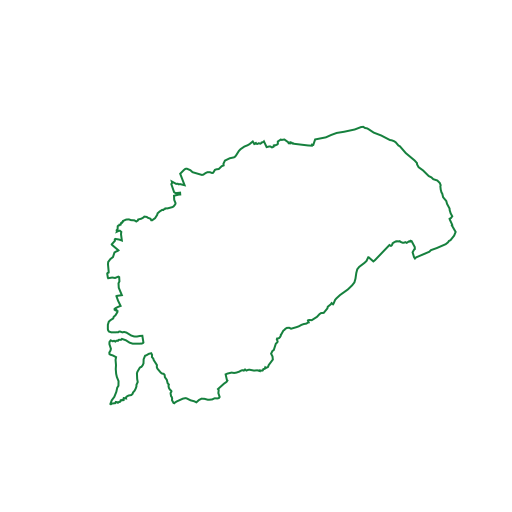 the district of Cizer, Salaj, Romania, rotated 63°
{"feature_id": "2599482B34424021815229", "entity_name": "Cizer", "entity_type": "district", "adm_level": 2, "iso_a3": "ROU", "parent_name": "Romania", "parent_adm1": "Salaj", "projection": "albers", "projection_center": [22.865, 47.034], "detail": "fine", "context": "isolated", "style": "outline", "palette": "green", "viewbox_px": 512, "rotation_deg": 63, "n_neighbors": 0, "source": "geoboundaries", "source_scale": "gbopen_adm2", "svg_char_len": 6117}
<svg xmlns="http://www.w3.org/2000/svg" viewBox="0 0 512 512"><g transform="rotate(63 256 256)"><path d="M323.9,436.5L323.0,436.3L322.5,434.5L322.5,432.8L323.3,430.2L322.7,428.4L321.8,427.6L320.9,425.3L319.5,423.4L318.0,421.8L316.5,421.0L314.6,418.6L311.6,417.7L306.4,415.3L305.3,414.2L302.8,410.3L302.6,409.5L302.8,408.5L301.9,406.6L300.6,405.0L297.0,403.0L294.5,400.1L294.7,398.7L294.5,395.9L295.1,393.5L296.9,393.5L298.8,394.6L300.8,394.1L302.3,394.4L308.2,393.8L309.9,394.8L311.5,395.0L316.7,393.8L318.2,393.0L319.0,391.8L320.4,391.4L322.7,392.2L325.8,391.7L329.4,392.5L330.9,392.0L332.1,393.0L334.0,393.5L335.8,393.4L337.7,392.7L338.4,392.9L339.2,394.2L339.9,394.6L342.4,395.3L343.5,395.1L344.9,395.4L346.3,396.3L349.5,396.2L350.1,395.6L349.8,395.0L349.6,392.7L349.9,385.9L350.6,383.4L351.3,382.5L354.9,379.8L357.5,376.9L359.3,375.6L358.4,372.1L358.4,369.3L359.9,366.7L362.2,364.2L362.8,363.0L363.9,360.2L364.0,357.5L365.5,354.8L365.7,353.5L365.1,352.4L361.1,351.8L358.5,350.1L357.3,350.3L355.2,342.4L354.8,339.5L354.0,338.0L353.2,338.2L347.7,336.8L347.8,334.8L348.8,330.7L350.3,328.6L351.0,326.4L351.5,323.0L351.3,322.3L351.5,320.1L352.6,318.9L352.2,318.2L352.1,317.3L353.7,316.6L353.9,314.7L354.3,313.5L357.2,309.8L358.4,306.8L360.2,304.9L359.6,304.6L360.9,302.7L361.0,301.9L360.1,300.8L360.5,299.5L359.4,298.3L360.3,297.9L360.3,295.7L358.9,294.1L355.9,288.0L353.0,286.9L349.9,286.9L348.1,284.5L347.8,282.8L343.1,278.1L342.6,276.2L341.9,275.5L339.7,275.3L339.1,274.6L339.6,273.6L339.6,272.7L339.2,271.5L338.2,270.0L337.4,269.6L337.2,268.9L334.9,265.5L334.7,264.1L334.2,262.9L334.1,261.0L335.1,258.9L336.7,257.8L337.8,252.1L338.1,249.7L338.0,246.8L338.3,244.4L339.1,241.8L338.9,240.0L339.1,239.2L337.0,239.0L336.9,238.6L337.4,237.2L338.5,235.5L337.9,229.3L336.6,225.7L336.4,223.9L337.4,221.5L335.1,216.2L333.8,215.1L333.0,211.3L332.3,210.0L334.0,209.3L333.6,208.5L331.0,205.4L330.3,203.7L328.9,198.7L327.5,189.3L325.7,183.5L324.2,180.3L321.4,177.7L316.6,174.3L313.8,171.8L312.5,168.9L311.4,162.6L310.6,159.8L308.1,156.6L308.3,156.2L314.1,153.9L313.7,151.9L306.8,132.1L308.1,131.4L308.3,130.8L307.8,129.6L306.7,128.5L306.5,126.7L306.5,124.4L306.9,124.2L307.2,123.0L307.6,122.7L308.0,121.2L308.7,121.1L310.8,119.3L311.3,118.3L311.5,116.6L312.7,115.8L312.4,112.8L313.0,112.5L313.2,111.9L312.7,111.3L313.4,110.6L320.1,110.5L321.9,111.3L322.0,112.1L323.8,114.8L328.7,115.7L330.4,115.5L329.9,114.0L330.9,99.6L330.2,97.5L331.0,91.3L331.6,81.6L331.0,78.7L330.2,77.3L330.2,75.5L327.8,70.2L325.2,67.2L317.7,67.6L317.6,67.1L317.1,67.0L311.6,66.8L310.7,66.6L310.7,65.1L309.7,63.1L306.4,63.2L303.0,62.6L301.6,62.0L296.2,62.1L293.4,61.5L288.6,62.6L284.8,61.7L283.7,61.9L280.8,61.3L277.6,60.1L276.7,59.3L274.3,59.1L271.0,60.2L268.0,63.2L265.6,64.0L263.2,65.8L255.6,68.3L250.7,70.8L247.5,70.9L246.3,70.4L242.9,71.3L232.4,75.8L223.5,78.0L222.3,78.9L218.1,79.9L216.5,80.8L214.6,82.5L213.5,84.0L205.5,89.7L199.5,95.1L194.0,98.2L192.7,99.1L191.4,100.8L189.6,101.8L188.8,103.9L188.1,110.6L185.3,121.1L183.0,128.2L182.3,134.0L182.0,139.9L179.0,150.4L183.0,154.5L182.2,155.5L183.1,156.1L181.1,159.5L173.8,170.4L172.6,172.1L172.3,172.0L172.1,172.5L171.3,172.7L170.3,173.7L171.2,174.3L170.4,175.7L169.2,175.7L165.1,177.8L164.2,180.5L163.5,181.0L163.9,184.6L166.0,185.6L166.3,186.6L166.1,189.5L164.8,189.7L166.2,190.2L166.6,190.7L166.5,192.5L164.9,193.5L164.4,194.5L163.8,197.1L157.5,196.9L157.8,197.6L157.4,199.5L157.8,199.9L157.9,201.2L156.8,202.3L156.8,203.8L156.1,204.8L155.2,204.8L155.2,205.6L155.6,205.7L155.5,206.7L152.5,206.9L153.4,211.0L153.5,213.3L153.2,216.7L153.8,221.2L154.6,223.5L157.5,228.4L158.1,230.0L158.1,230.9L157.0,235.0L156.9,240.4L159.0,243.1L160.6,243.7L160.4,245.8L161.6,249.7L160.8,251.9L160.6,253.5L162.1,255.9L162.4,256.8L161.9,257.7L160.4,259.0L159.3,261.2L159.2,263.3L159.6,266.0L159.2,267.4L152.5,274.5L149.8,275.5L147.0,277.8L146.5,278.6L146.3,279.5L146.6,281.1L148.3,286.2L160.5,287.5L157.5,291.0L157.0,292.4L156.1,292.9L155.5,294.4L151.4,297.2L152.8,297.5L153.5,298.8L161.9,300.0L163.5,299.1L165.1,294.9L166.8,295.6L166.2,297.0L165.1,301.7L168.9,303.4L172.4,303.7L173.3,304.5L174.4,306.9L174.5,308.2L173.4,313.3L172.4,315.3L172.8,315.9L172.6,317.3L172.9,317.8L172.3,318.7L172.6,321.6L173.3,324.3L174.5,325.4L176.5,328.8L177.0,332.4L176.6,333.1L174.9,333.1L172.7,335.1L171.6,335.6L170.2,337.6L170.6,338.9L170.7,341.2L170.0,344.4L170.7,345.1L170.9,347.0L169.0,348.2L167.3,351.1L165.7,352.6L164.6,355.1L164.4,358.6L165.0,358.9L165.0,359.8L165.6,360.4L165.3,361.1L166.6,362.4L166.1,363.4L166.6,363.8L166.4,364.9L166.7,365.7L169.2,367.1L169.8,368.5L170.9,368.7L171.2,369.0L171.3,366.5L171.7,365.8L173.4,365.1L175.3,366.4L181.3,368.5L179.2,370.5L176.9,373.6L177.1,374.3L178.4,374.8L180.4,380.0L180.4,379.6L180.9,379.2L188.5,376.0L188.7,377.0L188.5,378.3L188.6,380.5L192.0,383.9L192.6,387.1L194.2,390.4L196.1,391.6L203.6,394.6L203.9,394.9L203.7,395.9L204.2,396.6L208.0,397.8L208.7,397.8L209.9,393.9L211.6,391.6L211.9,388.0L212.7,387.5L216.6,389.2L217.9,390.9L222.0,392.7L230.0,393.3L228.4,398.0L228.4,398.6L233.1,399.2L239.0,399.3L238.7,402.3L238.7,404.9L239.0,406.1L239.5,406.3L240.6,404.8L241.0,404.9L241.1,405.4L242.2,404.4L243.1,405.0L245.0,408.1L245.6,410.4L246.8,411.6L247.1,414.8L247.7,417.0L250.0,419.2L253.9,421.2L255.1,421.5L256.6,421.3L258.4,419.5L261.4,413.4L261.2,412.3L261.5,411.5L263.4,409.7L263.8,408.0L265.4,406.2L270.2,403.3L272.4,401.1L273.7,398.7L274.5,395.8L275.5,393.5L282.0,395.6L282.2,396.0L282.2,397.6L278.1,405.7L275.8,408.0L272.0,410.2L269.0,413.1L269.4,414.2L268.4,416.3L268.4,416.8L268.9,417.5L268.1,418.9L268.4,420.2L267.1,421.0L267.0,422.3L265.2,423.8L266.1,425.6L267.9,426.6L272.8,427.4L274.2,428.6L275.4,430.5L276.8,431.1L277.8,430.6L279.5,428.8L282.6,426.6L284.8,428.3L289.7,430.3L293.1,432.3L297.5,434.1L300.6,434.9L305.1,435.3L309.2,437.5L310.3,439.4L313.6,442.1L317.2,446.2L319.1,450.1L321.7,452.9L322.2,452.6L322.1,451.2L323.2,448.3L322.4,447.2L323.1,446.2L323.8,446.1L324.1,445.3L323.8,444.8L324.2,443.5L323.9,442.6L323.2,442.3L323.1,441.7L323.5,441.1L323.4,440.5L324.0,440.3L324.3,439.4L322.6,438.3L323.9,436.5Z" fill="none" stroke="#15803d" stroke-width="2"/></g></svg>